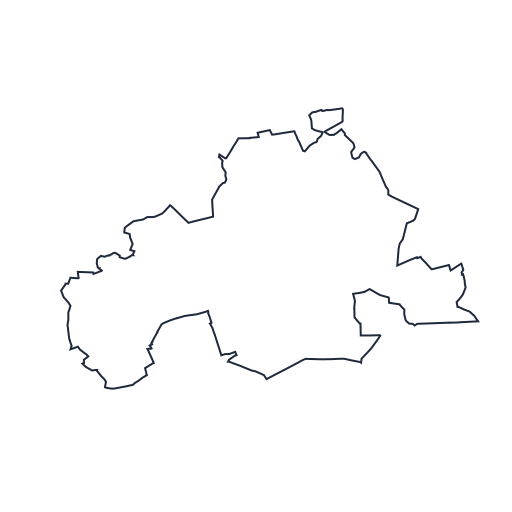 outline of Vecauces pag., Auces, Latvia, rotated 347°
{"feature_id": "27541924B96386945855845", "entity_name": "Vecauces pag.", "entity_type": "district", "adm_level": 2, "iso_a3": "LVA", "parent_name": "Latvia", "parent_adm1": "Auces", "projection": "mercator", "projection_center": [22.949, 56.481], "detail": "fine", "context": "isolated", "style": "outline", "palette": "slate", "viewbox_px": 512, "rotation_deg": 347, "n_neighbors": 0, "source": "geoboundaries", "source_scale": "gbopen_adm2", "svg_char_len": 5937}
<svg xmlns="http://www.w3.org/2000/svg" viewBox="0 0 512 512"><g transform="rotate(347 256 256)"><path d="M343.2,128.7L339.5,130.9L340.4,135.7L340.4,136.0L340.3,136.9L340.0,138.9L339.2,144.2L339.4,144.4L341.2,146.2L342.2,146.9L344.9,148.4L347.6,149.7L348.1,149.9L348.8,150.3L347.5,152.3L346.4,153.6L346.2,153.8L342.9,155.5L342.7,155.6L342.4,155.9L342.2,156.1L341.4,157.4L340.6,158.6L338.1,158.7L333.2,160.5L327.1,165.0L325.5,164.1L325.1,162.0L323.7,154.4L323.3,153.4L322.7,151.4L322.5,148.9L321.9,146.5L321.7,145.4L321.4,143.3L321.4,143.1L313.6,142.5L301.5,141.7L299.0,141.4L297.8,136.4L285.3,136.3L285.4,140.7L276.4,139.5L276.3,139.8L273.6,139.2L265.3,137.4L265.2,137.6L261.8,141.1L258.9,143.9L255.3,147.7L249.0,154.0L248.8,154.1L248.5,154.1L248.0,153.9L243.2,148.9L242.1,151.3L243.1,152.3L244.9,155.8L243.8,158.0L243.8,158.7L243.2,162.0L245.3,167.7L244.2,170.7L244.3,174.8L242.2,177.5L240.2,177.5L235.7,180.1L235.7,180.3L225.9,191.2L225.3,194.7L225.1,195.7L224.7,198.1L223.1,208.0L218.4,208.1L208.5,208.2L201.7,208.3L197.7,208.5L192.9,201.2L186.9,191.7L184.9,188.7L183.6,187.2L182.5,188.1L179.1,190.4L177.4,191.6L174.9,193.1L174.3,193.5L167.5,194.8L164.8,195.0L158.8,193.6L154.3,195.0L145.2,194.6L144.2,194.7L137.3,197.6L134.5,199.0L132.9,203.4L137.8,206.1L137.7,207.4L137.5,210.0L137.8,211.6L138.5,216.5L134.8,221.8L138.6,224.0L136.2,226.9L136.5,227.6L135.5,227.3L132.9,228.1L132.9,228.3L128.1,229.3L126.8,228.8L122.9,226.5L123.3,224.9L119.4,221.1L117.5,221.1L115.0,222.0L113.1,222.2L113.1,222.5L112.2,222.4L110.6,222.2L108.5,222.7L104.9,221.0L100.8,223.0L100.2,224.2L99.2,227.2L99.3,231.4L100.1,232.8L100.3,232.8L100.2,232.9L100.3,233.0L101.9,234.9L102.5,235.5L102.3,235.7L102.0,235.8L93.6,236.9L93.6,235.4L78.8,231.4L78.4,234.9L78.3,235.8L78.2,236.5L78.3,237.5L77.5,237.7L70.3,235.4L66.8,240.8L64.3,240.1L64.2,240.6L59.6,244.7L58.3,245.7L59.2,252.1L59.4,253.0L63.0,259.6L63.1,260.3L64.0,262.9L63.9,263.1L62.1,266.2L60.9,268.1L60.5,268.6L58.7,276.3L56.9,280.6L56.7,281.3L56.6,284.0L56.5,284.5L56.3,285.6L55.4,294.9L55.6,295.8L55.4,295.9L55.5,295.9L56.1,302.1L54.3,305.2L62.1,304.3L63.3,307.4L67.4,312.5L68.4,313.4L70.0,316.1L64.9,318.4L64.4,321.5L62.6,321.8L65.2,325.8L70.6,330.7L74.6,331.0L75.6,331.3L75.2,332.1L78.3,338.5L80.3,341.5L81.4,344.5L81.5,344.9L79.3,349.9L80.1,350.5L81.0,350.9L84.5,352.4L86.4,353.0L87.4,353.2L88.9,353.3L100.4,353.8L102.6,353.8L107.1,353.8L110.0,352.2L111.1,352.0L113.7,351.0L118.2,349.0L122.9,347.5L122.6,346.3L122.7,346.1L122.8,345.4L122.7,340.6L122.7,340.3L131.9,337.2L132.3,337.2L131.3,331.7L129.6,323.4L129.3,322.1L132.9,322.7L133.4,322.6L133.2,321.8L132.2,319.3L133.6,319.0L134.8,318.8L134.4,317.4L135.1,317.0L135.7,316.4L135.5,316.2L139.0,312.2L142.8,308.1L142.6,307.9L143.2,307.2L148.6,301.4L149.1,301.2L150.0,300.8L150.9,300.6L157.3,299.5L165.0,298.7L165.1,298.9L167.5,298.7L172.8,298.4L177.2,298.7L184.9,299.5L192.6,299.1L192.8,299.2L196.9,298.7L197.0,299.8L196.5,300.8L197.2,305.4L197.6,311.1L195.9,311.5L196.4,313.0L197.3,316.1L197.4,316.5L197.4,316.8L197.8,321.6L198.0,322.2L198.4,326.8L198.5,328.1L198.9,333.0L199.2,336.3L199.9,345.0L203.5,344.6L208.1,345.5L214.1,344.7L214.7,348.3L213.0,348.4L212.2,348.6L211.2,349.0L210.3,349.5L209.0,349.9L207.5,350.6L206.3,351.1L206.3,351.3L205.0,352.6L205.7,352.8L214.3,358.4L214.3,358.5L214.8,358.7L226.0,366.6L229.4,368.2L232.0,370.1L237.0,373.9L237.8,376.3L238.4,378.0L238.8,378.4L239.4,378.1L261.9,372.3L274.7,368.9L277.7,368.0L280.9,367.4L281.7,367.5L296.2,371.3L306.8,373.6L313.0,374.7L318.3,375.8L318.9,376.0L324.3,378.6L333.7,382.8L334.0,383.1L334.4,383.6L335.7,379.9L346.6,372.6L347.9,371.6L356.5,364.1L359.1,361.6L358.8,361.0L350.3,359.3L340.2,357.0L342.6,345.3L342.0,345.2L341.8,345.0L338.3,338.3L338.2,337.8L340.0,329.4L339.8,329.3L342.2,322.4L342.3,320.4L342.1,314.7L348.0,315.2L349.4,315.3L350.9,315.3L352.5,315.3L352.9,315.2L353.1,315.5L359.3,313.8L367.8,321.8L376.0,326.3L375.2,331.6L385.1,335.4L385.2,336.0L386.8,338.9L388.5,341.6L387.4,345.8L387.3,348.4L387.4,351.6L387.5,352.7L390.0,356.3L393.5,357.4L395.0,359.4L397.6,358.4L398.1,358.4L415.1,361.7L429.3,364.4L429.2,364.5L438.9,366.4L439.0,366.3L457.7,369.6L456.7,367.2L455.9,365.1L455.0,362.9L454.2,361.9L451.8,358.4L448.8,356.3L445.6,354.2L443.2,352.1L440.9,350.8L441.1,350.5L441.2,350.4L441.1,350.2L441.0,349.8L441.1,346.1L441.2,345.9L444.9,343.5L448.2,340.7L449.0,339.9L450.4,337.9L452.3,335.1L453.1,333.9L453.2,333.7L453.2,330.3L453.8,326.9L453.7,325.5L453.8,324.2L453.7,320.4L452.6,320.6L452.7,318.2L453.4,317.5L454.1,316.9L454.9,316.1L454.8,315.6L454.4,309.6L454.2,309.6L447.3,312.1L445.3,312.9L444.1,313.3L443.7,313.4L442.4,313.9L442.2,312.1L442.0,308.2L426.5,308.5L424.7,308.5L424.2,308.5L423.9,308.1L419.1,299.5L417.8,297.6L416.6,295.3L416.2,293.9L412.7,294.4L412.5,293.4L404.0,294.7L391.5,297.1L396.6,281.0L398.8,276.3L398.9,276.2L402.8,272.7L405.2,268.1L410.3,258.1L416.9,257.0L419.1,255.8L422.4,250.5L424.6,246.8L417.1,240.9L401.3,228.4L401.2,228.2L398.7,225.9L399.6,222.2L399.7,221.9L399.7,221.6L399.0,219.2L398.3,218.4L396.7,210.1L395.4,202.3L395.2,201.6L393.5,197.4L393.1,196.5L391.5,192.8L390.1,189.3L389.5,188.3L386.3,180.4L386.5,180.1L384.9,178.8L384.7,178.7L382.2,179.6L381.0,180.2L380.6,180.6L378.5,183.1L376.2,183.5L374.1,183.8L372.1,181.9L372.1,180.9L372.0,177.8L372.1,176.1L376.3,172.5L376.3,172.3L376.4,172.2L376.4,171.9L376.4,169.0L376.1,168.1L375.8,167.3L369.8,158.2L370.0,157.1L370.1,156.6L370.1,156.3L368.8,153.9L367.7,151.7L362.1,154.5L359.3,155.3L359.1,155.5L355.0,154.6L354.7,154.4L353.1,152.9L351.3,151.2L351.1,150.8L351.0,150.5L351.2,150.3L351.6,150.0L352.6,149.7L353.8,149.4L365.9,145.9L370.0,144.7L370.8,144.0L370.7,143.8L371.2,141.9L371.4,140.9L372.2,138.0L373.2,134.6L373.5,133.1L373.5,131.9L373.1,131.5L371.5,131.3L370.9,131.4L370.2,131.3L362.1,130.6L358.9,130.1L358.2,129.6L355.8,129.8L353.2,129.7L353.0,129.4L352.8,128.5L352.7,128.4L352.2,128.4L350.4,128.5L347.2,129.0L343.2,128.7Z" fill="none" stroke="#1e293b" stroke-width="2"/></g></svg>